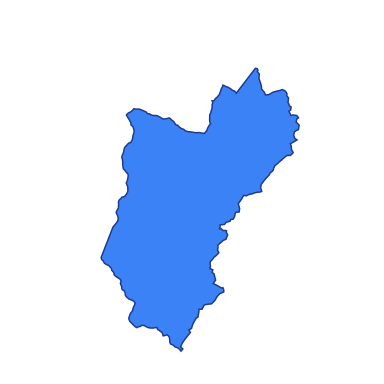 Paranhos, Mato Grosso do Sul, Brazil (Mercator projection), rotated 223°
{"feature_id": "56859067B31129416768882", "entity_name": "Paranhos", "entity_type": "district", "adm_level": 2, "iso_a3": "BRA", "parent_name": "Brazil", "parent_adm1": "Mato Grosso do Sul", "projection": "mercator", "projection_center": [-55.352, -23.726], "detail": "fine", "context": "isolated", "style": "filled", "palette": "blue", "viewbox_px": 384, "rotation_deg": 223, "n_neighbors": 0, "source": "geoboundaries", "source_scale": "gbopen_adm2", "svg_char_len": 4523}
<svg xmlns="http://www.w3.org/2000/svg" viewBox="0 0 384 384"><g transform="rotate(223 192 192)"><path d="M91.5,68.1L91.6,70.9L94.7,70.9L96.0,74.7L96.7,79.0L97.0,82.4L97.4,88.2L100.3,89.2L99.3,91.9L100.3,93.8L101.0,95.4L101.7,97.3L102.9,102.7L102.4,104.7L104.2,107.3L105.1,108.9L106.9,111.0L104.7,113.2L106.0,117.6L104.7,119.7L101.4,123.6L101.3,128.1L102.3,132.8L102.4,136.4L101.5,138.5L100.6,140.5L101.9,142.0L104.2,143.1L105.0,141.9L109.6,140.9L114.1,139.5L114.6,143.6L120.1,147.2L122.4,146.9L123.7,149.3L126.7,148.2L127.8,150.3L129.5,151.6L131.1,153.4L131.1,157.3L131.4,158.9L131.0,162.2L130.9,165.9L133.7,166.9L135.1,169.1L136.9,170.8L136.4,175.0L136.1,178.1L134.9,180.5L135.9,183.0L136.8,185.0L139.4,185.9L140.3,187.2L141.7,186.4L142.9,185.0L145.7,185.1L146.8,183.9L147.4,185.3L149.0,187.2L146.1,190.4L146.4,193.1L144.2,196.6L144.9,198.3L143.3,200.3L144.2,203.2L145.8,205.8L146.0,207.3L143.9,209.5L145.8,212.3L150.2,215.0L150.4,217.1L150.9,220.8L151.6,223.2L151.9,224.8L149.6,226.3L148.8,228.8L146.8,231.6L145.4,234.5L143.4,237.1L142.3,238.2L141.4,240.0L143.3,241.1L144.5,241.7L146.6,244.8L146.7,246.5L147.1,250.2L147.2,253.3L147.2,257.2L147.8,259.0L147.4,261.8L147.6,263.6L148.6,265.4L149.3,267.7L149.0,269.6L148.8,271.8L148.7,273.5L148.3,276.2L148.2,278.2L147.9,280.6L147.5,283.5L146.2,284.7L145.0,285.9L144.8,288.3L144.9,289.8L146.3,290.4L148.2,290.8L149.6,292.3L150.7,293.2L153.0,294.4L152.1,297.1L150.7,301.7L153.4,301.3L156.5,303.0L158.1,305.8L157.6,308.1L156.7,310.3L159.3,314.0L163.6,314.2L165.2,317.0L164.7,318.9L167.5,319.4L168.7,318.6L170.6,317.3L171.8,315.5L176.2,317.1L175.8,319.4L177.5,321.8L179.3,321.4L181.6,322.6L182.9,323.0L185.5,326.6L188.2,327.0L189.7,328.7L191.5,329.3L193.5,329.3L195.9,328.5L196.9,326.3L198.8,323.5L200.8,320.3L202.3,315.5L204.5,313.1L207.1,314.3L211.2,314.7L213.9,317.1L218.7,319.8L220.6,320.7L223.2,324.2L224.7,324.3L226.3,324.7L226.9,326.1L228.5,326.7L230.0,325.6L227.0,294.5L229.6,294.9L231.8,294.0L234.4,293.8L236.5,293.3L238.1,292.8L239.2,292.1L240.7,291.9L242.3,291.2L241.4,289.5L241.0,287.5L240.1,285.8L239.3,283.8L238.6,282.3L238.4,280.5L238.3,278.5L238.6,276.2L238.1,273.8L239.5,272.4L237.6,271.4L237.0,269.8L235.5,268.1L234.0,266.2L233.5,264.7L232.5,263.1L231.7,260.7L230.7,259.4L229.5,258.2L228.4,256.8L226.4,255.1L225.0,254.6L224.9,252.6L224.5,250.9L224.1,249.2L223.1,247.2L222.9,243.3L224.6,242.0L226.0,241.2L227.3,240.4L228.8,238.8L230.7,237.2L232.4,236.1L234.2,234.9L236.1,233.4L238.5,232.2L240.6,232.2L241.9,231.7L243.4,231.1L245.9,230.9L248.0,231.1L249.1,230.2L251.1,230.4L253.6,231.1L256.0,230.7L257.8,230.9L259.3,230.6L260.3,228.8L261.7,226.8L263.5,225.4L265.2,225.2L266.8,224.9L269.4,224.0L271.2,222.9L272.2,221.7L274.3,220.6L276.5,220.1L278.2,218.9L280.0,219.3L281.6,218.7L283.6,218.1L285.5,217.3L286.9,216.8L288.0,215.9L289.9,214.1L291.3,213.3L291.2,210.8L291.5,208.7L292.5,206.2L292.5,203.6L290.4,202.9L288.0,202.3L285.9,201.6L283.9,200.9L282.2,199.4L279.8,199.6L278.1,198.6L276.0,197.3L274.6,195.2L273.6,192.9L272.3,191.1L271.4,189.7L271.0,188.2L270.6,186.3L271.6,184.7L271.7,183.0L271.6,181.3L271.7,179.9L271.4,177.9L270.2,176.1L269.2,174.4L268.5,172.8L268.0,171.1L267.0,169.6L265.5,168.6L264.2,167.6L262.8,166.5L261.5,164.9L259.5,163.3L257.7,162.0L256.2,162.1L254.7,161.9L253.2,161.5L251.5,161.6L250.2,160.8L248.8,159.1L247.9,157.5L246.9,156.0L246.2,153.7L244.1,152.7L242.5,152.1L241.6,151.0L240.1,149.6L239.0,147.9L238.5,145.5L238.1,142.8L239.7,140.5L239.6,138.1L239.8,136.4L238.9,134.4L237.4,133.1L236.1,131.5L234.9,130.0L234.3,127.4L233.7,125.6L232.4,124.7L230.7,124.2L229.4,123.5L227.7,122.2L226.9,120.8L226.4,119.3L226.1,116.9L226.0,114.4L225.9,112.5L213.8,82.1L211.9,81.0L210.1,81.1L208.8,80.6L207.4,80.2L205.7,80.5L202.4,81.5L200.8,81.2L198.9,81.2L197.3,80.0L195.4,79.9L194.1,79.7L192.3,78.3L189.3,78.4L186.7,79.0L184.7,79.2L183.0,78.4L182.0,76.3L180.8,75.6L179.2,75.1L177.6,73.6L176.2,73.0L174.4,73.5L172.1,72.7L170.6,71.2L169.0,70.6L167.0,70.6L165.3,70.7L163.3,71.4L161.7,72.0L160.1,72.4L158.2,72.2L157.1,70.7L156.6,69.0L155.9,66.9L154.9,65.5L154.4,63.7L154.3,61.3L153.5,59.5L152.9,58.0L151.8,56.2L149.3,55.0L146.5,54.9L143.9,54.8L141.6,54.7L139.8,55.2L139.3,56.7L138.2,58.3L137.8,60.2L135.8,61.8L134.1,62.1L132.5,62.6L130.8,63.3L129.4,64.4L128.3,65.3L126.8,67.1L125.3,68.9L123.4,68.0L121.8,68.4L119.8,68.5L118.5,68.9L117.0,68.4L115.1,67.1L113.9,68.5L112.9,70.5L111.2,70.7L109.3,70.2L107.3,68.5L105.9,67.1L104.1,66.2L102.5,66.8L101.1,67.2L98.6,67.2L95.9,68.4L93.8,68.4L91.5,68.1Z" fill="#3b82f6" stroke="#1e3a8a" stroke-width="1.5"/></g></svg>